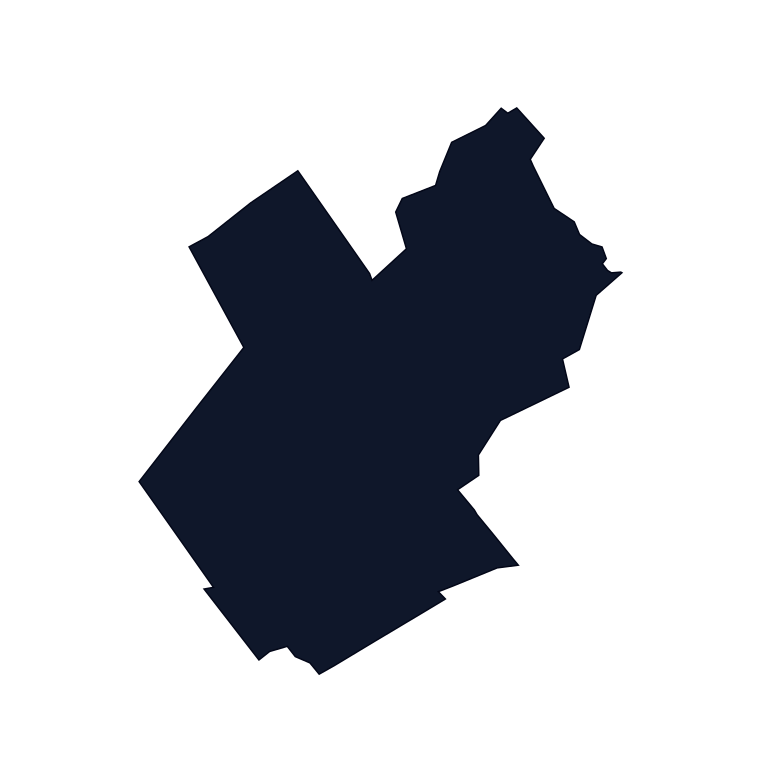 Middlesex, Connecticut, United States of America, rotated 243°
{"feature_id": "52423323B62256411494154", "entity_name": "Middlesex", "entity_type": "district", "adm_level": 2, "iso_a3": "USA", "parent_name": "United States of America", "parent_adm1": "Connecticut", "projection": "equal_earth", "projection_center": [-72.54, 41.451], "detail": "fine", "context": "isolated", "style": "filled", "palette": "ink", "viewbox_px": 768, "rotation_deg": 243, "n_neighbors": 0, "source": "geoboundaries", "source_scale": "gbopen_adm2", "svg_char_len": 951}
<svg xmlns="http://www.w3.org/2000/svg" viewBox="0 0 768 768"><g transform="rotate(243 384 384)"><path d="M447.9,206.0L408.2,121.5L368.5,127.2L280.2,139.8L283.0,130.6L194.9,147.3L197.6,160.7L194.2,178.7L181.4,181.2L169.1,191.4L154.9,194.5L155.7,212.7L159.0,259.1L163.2,321.6L164.6,341.1L174.3,338.1L172.7,353.9L168.8,401.3L161.6,421.4L170.0,419.5L200.4,413.1L225.3,407.6L230.7,407.3L256.4,401.5L259.6,427.0L277.9,435.9L298.7,471.2L297.1,547.4L325.3,554.4L326.0,573.7L366.7,613.3L375.1,646.5L376.2,645.8L379.8,637.1L383.7,634.7L392.0,633.1L394.8,639.0L407.1,640.5L414.4,632.8L428.0,626.3L428.6,626.1L442.1,627.1L463.2,615.3L510.4,615.9L517.8,616.3L527.8,634.0L530.2,638.3L569.7,627.6L569.1,617.2L576.5,613.6L568.2,591.9L568.6,554.0L548.0,530.1L537.5,520.1L541.0,484.5L531.9,472.5L494.3,465.4L481.8,420.4L489.0,421.3L613.1,404.0L605.9,347.4L595.2,294.2L594.7,272.6L480.2,275.7L447.9,206.0Z" fill="#0f172a" stroke="#020617" stroke-width="1.5"/></g></svg>